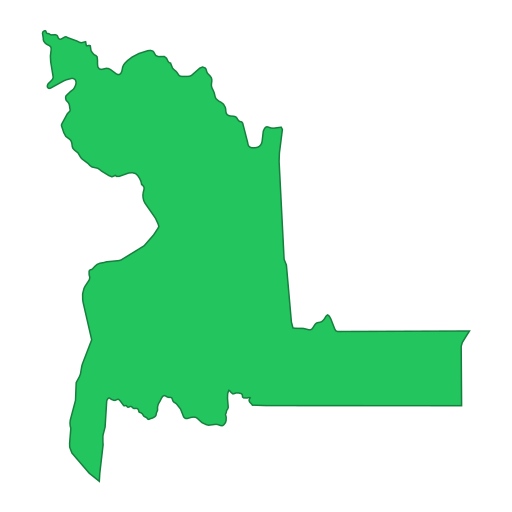 an SVG outline of Chuquisaca
{"feature_id": "BOL-1292", "entity_name": "Chuquisaca", "entity_type": "Department", "adm_level": 1, "iso_a3": "BOL", "parent_name": "Bolivia", "parent_adm1": "", "projection": "robinson", "projection_center": [-64.786, -19.94], "detail": "fine", "context": "isolated", "style": "filled", "palette": "green", "viewbox_px": 512, "rotation_deg": 0, "n_neighbors": 0, "source": "natural_earth", "source_scale": "10m", "svg_char_len": 5788}
<svg xmlns="http://www.w3.org/2000/svg" viewBox="0 0 512 512"><path d="M469.5,331.0L466.8,335.2L462.3,342.5L461.2,346.3L461.6,405.7L266.3,405.6L254.9,405.2L252.4,405.2L252.3,404.8L249.9,402.3L249.1,400.8L249.3,399.4L250.2,397.8L249.4,397.5L248.0,397.7L247.3,398.0L243.7,397.9L242.6,397.1L242.2,394.5L241.2,393.6L238.8,393.0L236.2,392.9L234.3,393.6L232.9,393.9L231.2,392.6L229.7,390.8L228.9,390.3L227.9,392.8L227.7,393.5L227.6,394.9L227.5,398.4L228.2,406.8L228.2,407.6L227.9,408.4L227.5,409.3L226.6,410.5L226.2,412.8L225.6,414.0L225.5,414.7L226.1,416.8L226.2,417.6L226.1,420.4L225.9,421.2L225.7,422.0L225.4,422.7L224.5,423.9L223.9,424.7L222.7,425.6L221.8,425.7L220.8,425.6L217.5,424.5L216.0,424.3L208.6,425.2L206.4,424.7L201.9,422.6L197.5,418.5L196.4,417.7L195.8,417.4L194.2,417.1L193.4,417.1L191.1,417.4L187.3,418.5L186.2,418.5L185.3,418.4L184.8,418.0L184.3,417.6L183.8,417.1L183.5,416.5L180.6,409.2L180.2,408.6L176.5,403.9L176.0,403.5L173.7,402.0L173.3,401.5L172.9,400.9L172.2,398.9L171.9,398.2L171.5,397.7L170.9,397.5L170.2,397.4L168.7,397.4L168.0,397.2L167.3,397.0L165.6,396.0L165.0,395.8L164.3,395.6L163.4,395.9L162.5,396.6L161.3,398.5L160.3,400.6L158.5,403.7L157.8,405.7L157.5,407.5L157.6,410.0L157.4,410.7L156.5,412.7L156.3,413.5L156.0,415.2L155.5,416.1L154.6,416.9L152.6,418.0L150.3,418.7L148.8,419.4L148.2,419.3L147.7,419.0L146.9,417.9L146.3,417.5L144.5,416.6L143.9,416.2L143.5,415.7L142.5,414.1L142.1,413.6L141.5,413.2L140.9,412.8L139.5,412.3L139.0,411.9L138.4,409.8L138.0,409.2L137.5,408.7L136.9,408.5L136.1,408.4L134.6,408.5L133.9,408.5L133.3,408.2L132.7,407.8L131.8,406.9L131.3,406.5L130.6,406.4L129.8,406.6L128.8,407.1L128.1,407.2L127.6,407.1L127.2,406.7L126.4,405.6L125.5,405.6L124.7,405.8L123.8,405.7L123.7,405.6L119.9,400.5L118.9,399.6L118.4,399.3L117.7,399.3L116.9,399.6L115.3,400.3L114.5,400.4L113.8,400.3L111.7,399.5L111.1,399.2L109.5,398.0L108.8,398.0L108.1,398.4L107.4,399.4L106.9,400.3L106.7,401.2L105.1,427.0L103.1,434.8L102.9,436.3L102.9,441.9L103.1,444.8L99.8,473.2L99.3,481.3L89.2,473.2L71.9,453.0L69.9,447.7L69.7,446.9L69.6,443.4L70.8,428.6L70.7,427.8L70.3,426.4L70.1,424.8L70.0,422.9L70.3,420.0L75.5,400.4L76.2,382.6L79.4,376.7L80.4,374.2L81.8,366.1L82.4,364.0L91.7,339.8L83.1,302.4L82.7,299.5L82.6,294.5L82.8,293.1L84.0,288.4L84.6,287.1L85.3,285.9L89.3,279.8L89.8,277.5L89.2,275.0L89.1,274.3L89.1,271.3L89.5,270.4L90.2,269.9L91.5,269.5L92.1,269.2L92.6,268.8L94.7,266.5L97.1,264.4L100.0,263.2L103.7,262.6L106.4,261.8L118.9,260.6L121.0,260.0L144.1,245.8L153.7,234.8L157.8,228.5L158.9,226.6L158.0,223.7L155.4,218.1L145.0,203.2L143.7,200.5L143.1,197.8L142.9,195.1L143.3,192.1L143.9,189.8L144.1,188.6L144.0,187.3L143.6,186.5L142.7,185.3L141.9,184.4L141.6,184.5L141.0,181.5L139.6,178.4L137.7,175.5L135.6,173.6L132.3,172.7L128.7,173.0L119.1,176.4L116.4,176.4L116.1,176.1L115.7,175.5L115.2,175.3L114.3,175.9L111.9,176.8L108.9,175.6L101.4,171.0L99.5,169.4L97.5,168.2L92.0,167.0L89.9,165.5L88.2,163.6L82.2,159.1L80.7,157.5L78.0,152.9L74.7,150.3L73.0,148.5L72.3,146.8L71.8,143.0L71.2,141.3L70.5,140.1L69.7,139.3L65.8,136.4L63.8,132.7L61.5,125.8L61.5,125.0L61.6,124.4L62.2,123.2L67.3,113.8L68.2,112.8L69.7,111.3L70.1,110.5L70.2,109.8L70.0,109.2L69.7,107.6L69.5,105.8L69.1,104.1L68.4,102.8L67.5,101.7L66.5,100.7L66.2,100.3L65.9,99.5L65.6,98.0L65.7,96.8L66.0,95.9L66.2,95.6L70.6,91.4L72.5,90.0L73.3,89.3L74.2,88.1L75.4,85.7L75.9,84.0L76.1,82.5L75.8,81.2L75.5,80.3L75.1,79.6L74.5,79.1L73.8,78.8L73.0,78.5L72.4,78.4L71.7,78.4L66.3,79.8L63.9,80.8L50.6,88.1L49.9,88.3L49.3,88.4L48.7,88.3L47.8,87.7L47.4,87.0L47.3,86.0L47.5,85.1L47.8,84.4L48.2,83.7L48.8,83.1L51.6,80.4L52.6,79.1L53.1,77.8L53.2,77.2L50.7,61.9L50.4,56.0L51.2,49.2L51.0,47.7L50.6,46.7L49.4,45.7L46.7,44.3L45.9,43.7L45.0,42.9L43.9,41.4L43.5,40.5L43.3,39.7L43.3,38.4L42.5,33.4L42.8,32.1L43.2,31.6L43.9,31.1L44.5,30.8L45.2,30.7L45.7,31.0L46.0,31.5L46.3,32.5L46.6,33.1L47.1,33.4L48.6,33.6L49.3,33.9L49.9,34.4L50.6,34.7L51.4,34.9L55.0,34.7L55.9,34.9L56.6,35.2L57.2,35.6L57.6,36.2L58.1,37.6L58.5,38.3L59.1,38.9L59.8,39.2L60.5,39.2L61.2,39.0L64.6,37.1L65.4,36.8L66.0,36.8L66.6,37.0L67.6,37.6L76.9,41.0L79.7,42.4L81.6,42.7L85.6,41.7L85.9,43.1L86.0,44.3L86.5,45.8L87.6,45.8L89.0,45.4L90.3,45.8L91.0,50.6L91.8,51.9L93.0,53.5L94.4,54.9L95.7,55.4L97.1,56.8L97.5,60.2L97.5,64.0L97.8,66.9L99.4,69.0L101.6,69.4L106.4,68.3L108.6,68.6L110.7,69.7L116.3,73.9L118.0,74.6L119.7,74.4L121.1,72.9L121.9,71.0L122.7,67.0L123.6,65.0L124.8,63.3L127.6,60.5L132.2,57.0L138.9,53.5L147.7,50.7L150.5,50.4L152.8,51.1L153.7,52.0L155.1,54.5L155.9,55.6L158.4,56.6L164.3,56.5L166.5,58.2L168.0,61.3L169.1,62.6L170.6,63.1L170.8,63.8L172.5,68.0L173.6,69.3L176.0,71.3L177.0,72.5L179.0,75.4L180.1,76.1L181.8,76.4L188.0,76.4L190.0,76.1L191.5,75.4L199.8,68.1L202.6,67.0L205.2,68.0L205.9,68.9L207.0,72.4L207.7,73.5L210.2,76.1L211.4,77.9L211.8,79.6L211.8,81.4L211.5,83.5L211.4,85.8L211.9,87.7L213.6,91.3L214.3,93.2L215.2,97.0L216.0,98.7L218.6,101.0L221.2,102.4L223.5,104.2L225.3,107.4L225.7,109.3L225.8,111.2L226.2,113.1L227.1,114.6L228.6,115.5L230.4,116.0L234.0,116.3L235.8,116.9L237.0,118.2L237.9,119.8L239.4,121.3L240.3,121.6L241.1,121.7L241.9,122.1L242.7,123.2L247.7,142.7L248.0,144.4L248.6,145.9L249.7,147.0L251.6,147.7L253.8,147.8L256.1,147.6L258.0,147.1L259.5,146.2L260.7,144.9L261.6,143.3L262.1,141.4L263.3,131.1L264.7,128.2L266.2,126.9L267.7,126.9L271.0,128.0L273.5,128.2L281.2,127.2L282.4,129.5L279.4,153.0L279.1,161.5L284.1,259.2L284.6,260.6L286.4,265.0L291.4,322.0L293.0,328.0L295.8,328.3L303.4,328.4L309.0,329.8L310.3,329.8L311.3,329.4L311.9,329.0L312.6,328.2L314.8,324.8L315.6,323.8L316.6,323.0L317.9,322.6L320.3,322.2L321.3,321.8L322.0,321.4L323.6,319.9L324.4,318.9L325.8,316.5L326.7,315.5L327.7,314.9L329.3,316.2L330.9,319.1L334.7,328.9L335.7,330.7L336.7,331.2L337.8,331.5L469.5,331.0Z" fill="#22c55e" stroke="#15803d" stroke-width="1.5"/></svg>